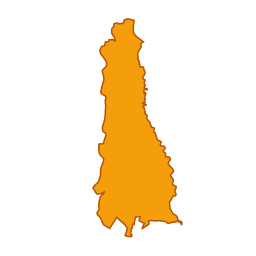 Kota Magelang, Jawa Tengah, Indonesia (Equal Earth projection), rotated 353°
{"feature_id": "22746128B66141272433758", "entity_name": "Kota Magelang", "entity_type": "district", "adm_level": 2, "iso_a3": "IDN", "parent_name": "Indonesia", "parent_adm1": "Jawa Tengah", "projection": "equal_earth", "projection_center": [110.222, -7.473], "detail": "fine", "context": "isolated", "style": "filled", "palette": "amber", "viewbox_px": 256, "rotation_deg": 353, "n_neighbors": 0, "source": "geoboundaries", "source_scale": "gbopen_adm2", "svg_char_len": 5824}
<svg xmlns="http://www.w3.org/2000/svg" viewBox="0 0 256 256"><g transform="rotate(353 128 128)"><path d="M141.4,19.7L140.5,19.7L139.5,20.2L139.0,20.2L138.5,19.8L138.1,19.9L137.6,20.2L137.3,20.6L136.7,22.6L136.4,23.1L135.8,23.7L135.1,23.6L134.2,23.3L133.9,23.3L133.8,23.5L133.5,23.5L133.2,23.7L132.6,23.5L131.5,23.5L130.6,22.7L129.6,22.4L128.3,22.5L126.8,22.8L126.5,24.1L126.7,24.8L126.7,25.1L124.2,27.2L124.0,27.5L123.6,29.7L123.4,31.4L123.5,32.2L124.0,33.4L124.5,34.4L125.5,35.9L125.9,37.1L125.5,38.0L125.9,39.8L125.6,40.1L124.2,38.9L123.7,38.4L123.2,38.2L122.2,38.4L121.8,38.3L120.9,38.3L120.0,38.0L119.8,38.8L119.4,39.5L118.4,39.9L115.9,39.9L115.8,41.1L115.6,41.6L115.4,42.4L115.2,42.5L114.5,43.5L114.2,43.7L113.1,43.8L112.3,43.7L112.0,43.9L111.2,44.5L111.0,44.9L110.0,46.5L109.6,47.6L109.6,48.1L109.7,49.4L109.9,51.1L111.4,53.5L113.6,57.6L114.6,59.7L114.5,62.2L114.3,63.1L113.7,64.2L113.1,64.9L110.5,66.7L109.5,67.8L109.4,69.0L109.9,72.3L110.2,75.6L109.9,77.1L109.5,78.2L107.5,82.9L105.5,88.3L105.4,89.8L106.1,91.0L106.3,91.3L109.0,93.2L109.6,94.0L109.7,95.1L109.9,96.0L109.8,96.3L109.2,96.7L108.8,98.0L108.5,100.5L108.6,103.0L107.5,108.8L107.2,111.0L106.6,114.0L106.1,115.8L105.6,117.4L105.2,118.3L103.6,121.8L102.7,124.2L102.5,126.3L102.5,127.6L102.8,128.2L104.4,129.9L105.2,130.7L105.3,131.3L105.3,132.5L105.0,133.1L104.3,134.6L103.8,135.5L102.1,139.2L101.6,140.3L101.3,140.6L100.3,140.5L99.5,140.5L97.4,140.3L97.0,141.0L96.4,145.7L96.4,147.7L96.5,149.9L97.2,151.6L98.2,153.0L99.3,154.2L99.6,155.0L99.7,155.6L100.1,156.0L100.1,156.5L99.3,158.6L98.7,159.5L97.7,161.4L97.4,162.0L96.1,164.9L95.8,165.6L94.9,171.4L93.8,174.1L92.6,176.8L92.2,177.5L91.0,178.8L89.1,180.1L86.6,182.0L86.1,183.1L86.0,183.7L86.3,184.3L87.0,185.3L87.9,187.9L88.7,189.1L89.1,189.7L89.9,190.0L92.0,189.8L94.6,189.7L96.5,188.7L96.3,189.4L95.9,189.9L93.7,191.5L92.2,193.1L91.8,193.7L91.1,195.6L90.4,197.5L89.9,199.3L89.9,199.5L89.6,200.8L89.5,203.1L89.5,204.7L89.4,205.3L89.1,205.8L87.6,207.3L87.1,208.0L87.0,208.7L86.9,209.7L87.0,210.2L87.9,211.5L89.0,212.7L89.7,213.8L90.4,216.0L91.3,219.5L91.9,220.8L92.2,221.3L96.5,224.6L97.8,225.5L97.9,225.2L98.6,224.2L100.1,222.4L102.2,220.0L105.9,215.2L109.1,219.2L110.4,220.4L112.1,222.6L112.4,222.8L113.2,223.6L113.6,224.7L115.3,227.3L112.1,234.4L113.9,235.4L115.7,235.9L118.0,236.3L118.5,236.0L118.8,234.4L117.6,234.0L118.1,232.0L119.2,228.2L119.6,228.2L119.9,228.0L120.4,226.3L121.0,223.9L122.3,224.5L124.4,217.4L129.3,217.4L128.9,218.6L127.6,221.2L127.9,221.6L129.2,222.3L130.5,223.5L132.7,224.4L132.1,225.5L131.2,226.7L129.8,229.5L130.1,229.5L135.3,226.9L137.0,225.9L137.2,225.7L137.2,224.2L136.9,222.8L138.2,222.6L139.6,222.7L141.2,223.0L145.7,223.8L147.0,223.7L147.9,223.8L149.8,224.4L152.8,225.1L153.5,225.3L155.4,227.0L156.0,227.4L156.6,227.5L157.6,227.4L159.4,227.1L163.3,227.0L163.3,226.9L164.6,226.8L165.7,226.5L166.4,227.0L168.0,227.8L168.3,228.0L168.6,228.6L168.9,229.4L168.9,229.7L169.5,230.3L169.9,229.4L170.0,228.5L169.9,228.1L169.6,227.6L167.7,226.5L167.3,226.3L166.9,226.0L166.7,225.5L166.3,224.9L165.8,222.0L165.3,221.1L164.9,220.6L164.0,219.9L162.9,219.2L162.2,218.5L161.7,217.7L161.0,215.8L160.3,213.8L160.1,212.9L159.9,211.4L160.0,209.7L160.0,208.7L160.1,207.2L160.3,206.4L162.0,204.6L163.2,202.8L163.9,201.7L164.4,201.2L165.9,201.2L166.5,201.1L167.2,200.7L167.5,199.9L167.6,199.3L167.2,198.1L166.8,196.6L166.9,196.2L167.0,195.9L167.5,195.0L167.6,194.8L168.6,192.9L168.7,192.2L168.4,191.7L166.2,190.3L166.0,190.1L165.7,190.0L165.4,189.2L165.5,188.2L165.8,187.6L166.7,185.8L166.7,185.2L166.5,184.3L165.1,181.8L164.9,181.2L164.4,180.3L164.4,179.8L164.6,179.4L165.9,178.6L167.7,176.8L168.0,176.3L168.1,175.5L167.0,173.6L165.9,171.9L164.5,170.3L163.7,168.6L163.6,167.8L163.9,167.1L164.6,166.3L165.1,165.9L166.0,164.8L166.3,164.2L166.3,163.5L166.1,162.8L165.6,162.1L164.9,161.6L162.6,161.3L162.1,160.8L161.9,160.7L161.7,160.1L162.3,157.8L162.2,157.5L160.4,155.9L160.2,155.1L160.5,154.4L162.0,153.4L162.4,152.5L162.4,151.4L161.9,150.6L161.1,150.3L159.8,150.2L158.7,149.9L158.0,148.9L157.9,148.5L159.3,145.9L159.2,145.6L158.1,144.8L156.4,143.8L155.6,142.6L155.1,140.9L154.8,138.2L154.5,136.2L154.2,135.8L153.5,135.6L153.2,135.6L153.0,135.2L153.0,134.6L153.2,133.8L153.6,133.0L153.9,131.8L153.9,131.2L153.6,130.9L153.2,130.6L152.4,130.5L151.8,130.5L151.5,130.2L151.3,129.8L151.0,128.7L150.3,124.6L148.3,122.0L147.8,120.8L147.7,120.6L147.8,120.2L148.2,119.2L148.5,118.3L148.5,117.7L148.3,117.3L147.9,116.9L146.9,116.4L146.5,116.0L146.5,115.6L146.6,115.2L147.3,114.0L146.7,112.8L146.6,112.1L146.5,111.8L146.6,110.1L145.8,109.2L145.4,108.6L145.5,108.3L145.8,108.2L146.5,108.1L148.2,107.6L148.8,107.3L148.9,107.0L148.8,106.9L148.5,106.7L147.6,106.6L146.8,106.3L145.7,105.7L145.5,105.4L145.7,105.2L146.1,105.0L148.0,104.8L148.0,104.5L147.7,103.9L147.6,103.3L147.6,102.9L147.8,102.6L148.0,102.6L148.7,101.9L148.3,100.5L148.1,99.5L148.3,99.4L149.6,96.8L149.8,95.5L149.7,95.0L149.3,95.1L148.7,95.9L148.5,96.0L148.4,95.9L148.2,95.6L148.2,95.0L148.5,92.0L148.7,91.9L149.2,91.8L149.9,91.9L150.4,92.1L151.8,92.4L151.9,92.1L151.9,91.8L151.6,91.5L149.7,90.4L149.2,89.8L149.2,89.4L149.3,88.8L150.2,88.1L150.2,87.7L149.6,85.8L149.7,85.2L150.1,84.1L150.7,83.1L150.7,82.6L150.6,82.1L150.3,81.9L149.7,81.7L149.0,81.0L148.7,80.4L148.7,79.9L149.0,79.3L149.2,78.8L149.6,78.4L150.0,78.1L150.4,77.7L151.6,75.7L151.7,75.1L151.7,74.4L150.9,71.7L150.8,69.8L150.7,69.6L150.3,69.3L149.5,68.9L147.9,69.1L147.6,68.9L147.4,68.0L147.3,65.3L147.2,64.9L147.1,64.3L147.2,63.6L146.4,61.0L146.7,58.2L146.6,55.8L147.0,54.5L147.2,54.3L147.5,53.8L148.4,52.2L150.4,49.9L150.9,49.1L150.9,48.5L151.1,45.9L151.4,45.4L152.0,45.0L153.8,44.4L151.0,41.6L147.2,37.7L145.8,35.7L145.5,35.0L145.1,33.1L145.1,32.3L145.6,29.1L145.9,26.6L147.2,21.9L145.2,21.2L143.9,20.6L141.4,19.7Z" fill="#f59e0b" stroke="#b45309" stroke-width="1.5"/></g></svg>